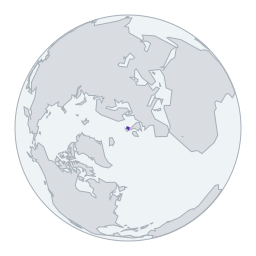 Aberdeenshire on an orthographic globe, rotated 268°
{"feature_id": "GBR-2013", "entity_name": "Aberdeenshire", "entity_type": "Unitary District", "adm_level": 1, "iso_a3": "GBR", "parent_name": "United Kingdom", "parent_adm1": "", "projection": "orthographic", "projection_center": [-2.632, 57.223], "detail": "fine", "context": "on_globe", "style": "filled", "palette": "violet", "viewbox_px": 256, "rotation_deg": 268, "n_neighbors": 0, "source": "natural_earth", "source_scale": "10m", "svg_char_len": 10274}
<svg xmlns="http://www.w3.org/2000/svg" viewBox="0 0 256 256"><g transform="rotate(268 128 128)"><circle cx="128" cy="128" r="113" fill="#eef3f6" stroke="#a8b0b8"/><path d="M19.0,156.6L18.2,153.1L18.3,151.9L17.7,148.3L19.7,149.2L20.1,142.6L19.6,139.7L18.6,139.5L17.9,128.8L18.8,122.2L23.0,91.9L24.8,87.4L27.0,84.2L39.3,65.5L28.9,78.8L31.6,73.7L35.8,67.7L36.0,68.3L42.2,61.6L46.1,56.8L55.0,50.5L64.3,49.0L61.6,51.1L64.1,50.7L67.8,48.1L69.6,46.6L83.4,43.1L96.2,37.2L98.3,34.0L99.3,35.9L102.2,29.1L107.9,25.9L102.6,30.5L102.9,31.7L107.3,29.8L108.6,30.7L111.5,30.4L112.7,31.7L109.5,34.4L110.1,35.4L113.3,34.1L116.4,34.7L111.7,36.4L116.6,37.7L112.2,43.0L98.8,47.5L97.4,52.1L86.4,61.5L88.5,62.0L85.7,66.1L87.0,68.2L84.6,69.5L87.8,70.1L89.7,68.5L91.8,68.3L92.8,69.4L89.8,71.3L88.9,70.9L88.6,72.1L86.7,72.5L88.2,73.0L84.5,75.2L89.6,74.8L87.8,78.0L85.0,79.0L83.5,76.6L73.2,73.4L69.9,74.0L66.8,77.1L64.7,87.7L61.8,89.4L59.2,93.5L61.6,93.5L64.5,90.4L68.3,91.6L71.4,87.8L73.4,87.8L77.3,85.0L78.7,88.1L77.8,92.6L74.7,95.1L74.2,97.2L78.8,97.1L74.4,104.1L74.1,113.1L72.8,114.8L67.3,113.8L63.4,107.9L56.3,107.3L62.8,110.4L59.3,114.9L59.5,116.8L60.9,118.3L62.9,117.7L62.2,119.9L55.4,117.4L56.0,115.4L58.2,116.2L56.3,113.5L51.7,112.2L50.3,114.8L44.9,110.7L43.9,112.5L42.1,112.8L44.2,110.1L40.3,114.9L33.8,112.0L28.4,120.2L31.6,110.3L31.4,106.0L30.7,101.7L29.8,102.9L30.2,96.0L28.3,93.0L24.3,96.7L21.6,103.2L21.4,110.2L22.9,109.8L23.7,114.2L19.9,117.2L20.7,126.6L18.8,130.5L18.6,135.4L19.8,138.9L20.8,144.3L22.7,144.6L25.2,147.8L24.1,151.8L26.4,150.9L27.2,155.3L32.9,164.2L32.2,164.4L36.8,176.3L43.6,185.9L45.2,190.3L44.2,191.0L47.0,194.1L47.1,195.1L59.8,206.3L67.6,213.2L68.2,216.4L63.4,216.4L63.2,219.7L56.3,214.8L49.7,209.0L43.6,202.6L38.1,195.9L33.1,188.6L28.6,181.1L24.8,173.2L21.6,165.0L19.0,156.6ZM26.7,122.2L27.8,135.0L25.6,130.2L26.3,130.5L26.3,126.7L25.9,121.0L24.4,117.0L26.7,122.2ZM30.6,122.4L30.3,120.5L30.8,122.0L30.6,122.4ZM70.2,45.8L67.7,48.0L64.0,50.1L65.8,48.1L70.2,45.8ZM77.6,42.4L76.8,43.6L74.0,43.6L75.3,42.9L77.6,42.4ZM99.6,31.6L97.4,32.8L99.1,31.4L99.6,31.6ZM111.7,30.1L111.9,29.6L113.4,29.7L111.7,30.1ZM76.4,83.6L76.8,84.3L75.8,84.4L76.4,83.6ZM77.6,81.8L76.1,81.4L76.5,80.5L77.4,80.7L77.6,81.8ZM116.4,31.8L118.6,32.2L115.8,32.2L116.4,31.8ZM79.3,82.4L77.3,79.0L78.0,77.4L82.0,77.0L79.3,82.4ZM119.5,32.8L124.9,34.0L125.8,32.7L126.1,37.1L121.5,34.5L117.9,34.7L119.8,33.8L119.5,32.8ZM89.9,67.5L87.9,69.3L88.7,66.8L89.9,67.5ZM89.9,66.0L89.4,59.0L92.9,57.1L92.4,59.8L96.2,56.7L98.1,59.2L96.5,61.4L93.8,62.1L96.6,62.6L89.9,66.0ZM125.5,39.5L126.3,40.2L124.8,40.0L125.5,39.5ZM92.6,68.0L92.2,66.7L95.2,65.0L96.6,67.3L95.2,67.1L92.6,68.0ZM96.2,54.7L98.7,53.9L101.0,55.6L102.2,55.6L98.5,59.1L96.2,54.7ZM95.0,68.1L97.2,68.5L96.7,70.4L93.3,69.2L95.0,68.1ZM95.4,63.6L96.9,62.9L96.5,64.0L95.4,63.6ZM96.1,77.6L95.5,76.0L97.0,74.9L96.1,77.6ZM98.1,68.5L98.3,67.9L98.8,67.3L100.1,68.0L98.1,68.5ZM100.3,60.1L100.8,61.1L102.0,58.8L103.7,60.1L100.9,62.2L102.8,61.9L103.4,62.3L100.5,63.6L100.3,60.1ZM103.0,67.0L100.1,70.3L100.8,73.6L99.4,74.6L98.5,69.2L103.0,67.0ZM101.8,64.9L102.3,66.4L100.4,66.8L98.9,66.0L101.8,64.9ZM105.9,60.3L104.0,57.7L104.6,57.4L105.9,60.3ZM103.6,67.9L104.3,67.1L103.9,68.0L103.6,67.9ZM105.6,62.5L104.8,61.6L105.6,61.2L105.6,62.5ZM106.4,66.3L105.4,67.3L104.4,66.8L106.4,66.3ZM106.3,64.5L107.6,64.2L104.6,65.9L105.9,64.1L106.3,64.5ZM106.5,62.3L106.7,61.8L106.7,62.7L106.5,62.3ZM110.9,67.8L107.3,70.2L105.0,68.9L108.8,66.8L110.9,67.8ZM234.0,89.9L234.9,93.6L236.8,99.0L236.7,98.4L237.4,101.4L237.6,101.9L236.2,97.6L234.2,94.8L235.5,100.3L234.2,98.0L231.6,98.2L232.8,106.3L235.5,122.5L237.9,129.2L237.9,135.6L233.1,133.0L229.5,128.2L228.7,132.0L223.0,132.5L215.9,144.1L214.0,143.4L212.9,146.5L208.7,148.5L205.5,146.9L203.4,149.6L211.7,153.5L213.9,150.6L214.5,144.6L216.5,146.8L220.4,145.4L219.1,158.0L207.2,178.7L204.6,174.2L188.2,165.8L187.9,163.5L187.8,163.3L187.5,163.0L187.4,167.1L184.1,164.9L194.4,172.9L196.8,177.2L207.1,179.2L206.5,180.8L209.3,180.2L216.8,170.1L217.2,171.9L214.5,183.8L202.9,203.3L203.6,207.3L201.4,211.8L192.4,219.4L191.4,220.9L186.5,224.2L185.3,225.0L177.7,229.1L169.9,232.6L161.7,235.5L158.7,236.0L154.6,233.4L158.9,229.6L158.5,227.2L150.3,222.0L152.2,217.1L149.7,215.5L144.7,216.9L141.6,214.8L138.4,215.1L117.5,217.4L110.4,213.6L99.8,201.0L103.0,196.6L102.1,190.4L122.7,169.1L128.7,170.3L146.8,164.6L149.4,165.0L149.0,170.8L164.0,173.3L166.8,167.5L178.6,166.0L185.3,162.0L184.6,150.8L173.6,157.2L169.9,153.3L177.4,144.0L186.8,138.4L185.6,136.7L178.2,136.3L178.9,131.2L175.5,135.8L178.0,136.8L175.9,139.8L173.5,139.1L173.8,137.3L170.6,138.1L169.9,146.9L172.3,148.9L164.7,154.0L168.0,157.7L166.5,160.8L160.3,155.6L159.7,152.9L149.4,147.9L149.2,151.2L159.0,156.2L156.6,156.4L156.5,161.2L154.7,157.7L144.1,151.7L136.2,155.2L128.8,167.5L123.6,168.8L118.2,166.7L118.3,155.1L129.8,153.7L130.0,149.9L125.5,144.7L129.3,144.8L128.9,142.6L133.0,141.8L136.6,135.6L140.5,134.3L139.9,127.2L141.7,125.7L141.6,130.2L143.5,132.8L152.9,129.4L154.1,127.4L152.9,123.1L155.6,122.9L153.3,119.2L157.6,115.4L150.4,117.1L148.8,112.5L150.3,107.9L148.5,106.7L146.0,114.4L146.3,117.2L148.5,119.1L147.9,127.5L145.2,129.7L140.9,122.4L136.5,124.8L135.0,118.3L142.4,101.1L146.6,96.5L157.8,97.9L158.1,101.4L154.1,102.5L159.7,105.4L158.3,103.3L160.6,103.1L159.6,98.9L161.2,98.7L157.6,95.2L159.4,94.4L161.7,96.6L161.8,90.1L165.0,87.5L164.3,86.2L162.6,85.5L167.8,82.8L167.0,82.0L165.0,82.5L162.3,81.2L159.3,77.9L161.3,77.2L162.6,78.3L168.3,79.6L171.5,82.7L172.0,82.1L169.7,79.2L162.7,77.6L160.4,75.9L163.7,76.1L162.3,75.9L161.8,74.8L163.1,73.1L159.5,72.7L151.0,62.5L152.6,58.4L156.5,59.6L152.6,52.4L154.7,48.8L152.9,49.2L149.8,46.3L149.1,47.4L147.9,47.4L139.6,40.9L139.2,39.0L133.5,37.1L132.6,37.4L132.6,38.7L126.1,37.1L125.8,32.7L128.0,32.3L126.3,30.0L131.4,29.5L134.9,28.1L141.5,29.1L143.7,28.1L142.8,27.3L145.1,25.5L152.9,24.8L150.6,28.7L139.6,31.3L144.4,30.4L144.5,31.7L147.0,32.1L150.3,31.5L149.9,30.7L161.4,35.9L171.7,37.7L168.1,34.6L168.5,32.9L177.1,33.2L194.2,42.0L194.9,40.6L196.8,41.4L200.1,44.2L197.5,43.2L198.5,45.2L196.5,44.3L200.9,48.8L198.3,47.8L203.1,52.0L204.2,51.6L201.3,47.8L206.5,52.2L206.9,50.3L210.0,52.1L219.2,62.7L224.2,70.7L225.2,72.0L225.6,73.7L228.5,79.1L229.6,79.4L234.0,89.9ZM117.6,181.1L117.5,183.1L117.6,181.1ZM198.2,137.2L202.9,132.7L198.2,128.6L199.6,126.6L197.5,126.0L197.9,128.3L192.4,126.3L193.5,122.3L191.6,120.0L190.0,121.5L188.8,129.1L196.7,132.1L196.7,135.7L198.2,137.2ZM33.1,164.5L33.6,166.3L32.6,164.9L33.1,164.5ZM24.5,131.1L25.1,133.1L25.2,134.8L24.6,133.5L24.5,131.1ZM31.6,147.3L32.7,149.8L31.2,147.9L31.6,147.3ZM28.1,136.9L30.7,145.5L27.9,142.3L26.4,136.8L27.9,139.6L28.1,136.9ZM28.7,123.8L28.9,125.3L28.3,125.7L28.7,123.8ZM31.0,123.5L30.8,123.1L31.0,121.9L31.0,123.5ZM59.7,115.0L60.2,115.3L61.2,117.0L60.0,116.8L59.7,115.0ZM69.9,121.7L68.4,125.1L68.6,122.4L66.7,122.6L64.8,117.5L72.0,115.4L69.1,117.2L69.9,121.7ZM64.3,110.4L64.7,113.7L64.0,110.1L64.3,110.4ZM122.5,131.9L124.5,133.2L124.0,135.9L119.1,138.1L119.8,134.1L122.5,131.9ZM127.6,134.4L124.7,126.8L127.6,125.2L126.5,127.3L128.7,127.1L127.5,130.5L133.1,136.6L133.0,139.5L124.0,141.8L127.0,139.4L124.8,138.2L127.6,134.4ZM112.0,111.7L110.8,108.8L118.7,109.1L119.0,111.8L114.1,114.0L111.0,112.2L112.0,111.7ZM86.8,82.6L85.8,81.8L86.6,81.2L88.1,81.4L86.8,82.6ZM95.7,76.9L91.9,85.6L90.6,85.1L90.0,91.0L86.2,92.0L86.8,88.1L83.4,93.4L82.4,90.2L80.6,94.1L82.1,85.3L81.1,82.8L83.7,85.1L87.1,84.2L88.3,83.1L90.9,78.2L90.3,72.7L93.7,71.2L96.2,71.5L96.8,72.6L94.4,73.2L97.0,74.2L94.1,76.0L95.7,76.9ZM123.5,78.9L120.5,78.8L125.2,81.9L122.2,83.3L123.0,83.6L121.5,85.9L121.1,89.1L119.5,89.4L120.0,90.5L119.1,92.1L119.2,93.8L116.4,95.0L116.4,97.2L115.1,96.5L115.8,100.1L114.0,98.0L112.7,99.9L115.1,101.0L99.7,103.9L94.6,107.0L91.3,110.9L88.8,107.0L90.2,101.0L93.9,94.7L99.2,92.4L97.1,91.1L98.9,89.7L99.8,91.3L99.6,88.0L101.4,87.2L104.7,82.2L103.2,78.1L104.4,76.3L105.8,77.5L106.0,74.8L109.5,76.0L110.4,74.7L114.8,74.6L117.1,77.9L117.9,76.2L121.3,76.2L123.5,78.9ZM112.1,67.9L115.5,71.2L115.6,73.7L107.9,72.8L106.6,73.8L101.7,73.5L101.7,69.9L103.1,70.3L104.5,69.9L103.9,71.2L105.4,69.8L107.4,70.4L109.0,69.5L109.7,70.8L112.1,67.9ZM151.2,162.2L153.0,162.0L155.6,161.0L155.5,164.0L151.2,162.2ZM143.9,158.3L145.4,157.6L146.6,161.2L144.8,161.5L143.9,158.3ZM145.2,154.1L145.4,157.2L144.2,155.8L145.2,154.1ZM142.8,129.4L144.3,128.4L144.8,129.3L144.5,131.0L142.8,129.4ZM136.7,89.0L134.9,88.3L135.1,87.6L132.6,84.6L134.5,83.3L136.8,84.7L136.7,89.0ZM183.3,153.7L182.0,156.8L180.7,156.5L181.4,155.5L183.3,153.7ZM168.6,161.3L172.4,161.0L168.5,162.2L168.6,161.3ZM138.4,87.1L137.1,86.0L138.9,86.1L138.4,87.1ZM135.8,82.3L137.7,82.1L134.5,82.9L135.8,82.3ZM202.5,212.5L203.0,212.0L207.2,207.0L211.9,201.9L214.6,198.0L214.9,198.9L208.8,206.5L202.5,212.5ZM239.0,109.1L238.9,108.3L239.0,109.1ZM238.1,129.3L239.4,130.5L239.2,133.2L238.1,129.3ZM226.2,73.5L227.5,76.0L227.0,75.4L225.1,71.7L226.2,73.5ZM212.3,53.9L214.3,55.8L215.2,56.9L214.9,56.7L212.3,53.9ZM153.3,76.2L154.7,81.7L156.9,85.1L160.3,86.0L156.2,87.2L152.7,81.9L153.3,76.2ZM151.0,64.2L148.1,63.6L149.0,62.5L149.7,62.4L151.0,64.2ZM149.6,64.9L146.9,66.8L144.9,65.6L147.5,64.3L149.6,64.9ZM142.8,76.8L143.0,78.5L141.6,78.3L142.8,76.8ZM194.3,38.1L193.3,37.8L191.3,36.2L192.5,36.8L194.3,38.1ZM183.6,31.1L190.4,35.7L195.7,39.8L195.1,38.9L198.2,40.9L197.9,41.5L192.6,37.8L189.0,35.0L186.4,33.9L182.4,31.6L180.1,31.3L177.7,30.2L178.7,29.7L183.6,31.1ZM179.2,31.3L173.7,30.4L170.7,28.0L171.3,27.6L175.0,29.0L176.4,30.2L179.2,31.3ZM171.5,29.5L172.7,30.7L167.3,33.1L165.4,33.1L168.0,29.7L169.3,30.7L171.1,30.6L171.5,29.5ZM127.1,39.6L126.4,40.2L126.3,39.3L127.1,39.6ZM147.6,48.1L146.1,47.9L146.1,46.9L147.6,48.1ZM141.9,47.1L143.0,48.3L141.0,47.3L141.9,47.1ZM145.5,51.2L143.0,49.0L146.6,50.7L145.5,51.2Z" fill="#d9dde1" stroke="#a8b0b8" stroke-width="1"/><path d="M127.8,127.1L128.0,127.1L128.3,127.1L128.5,127.1L128.8,127.1L128.9,127.3L128.9,127.5L128.7,127.8L128.6,128.0L128.4,128.0L128.3,128.3L128.5,128.2L128.5,128.4L128.5,128.5L128.4,128.7L128.4,128.8L128.2,128.9L128.0,128.7L127.9,128.6L127.7,128.5L127.4,128.6L127.2,128.6L126.9,128.6L126.8,128.4L126.9,128.2L126.9,128.3L127.0,128.3L127.3,128.2L127.2,128.2L127.3,128.1L127.4,127.9L127.5,127.9L127.6,127.7L127.7,127.4L127.8,127.4L127.8,127.2L127.8,127.1Z" fill="#8b5cf6" stroke="#5b21b6" stroke-width="1.5"/></g></svg>